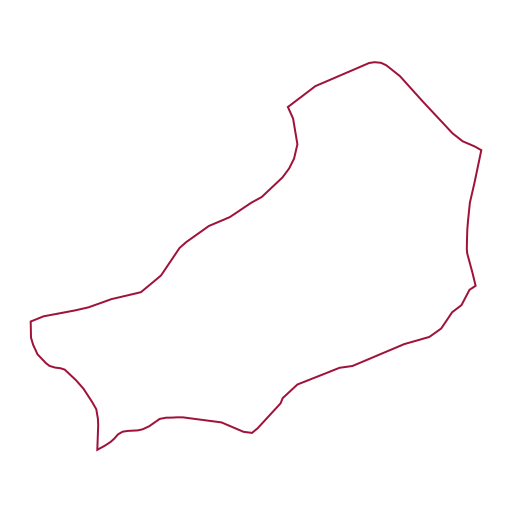 outline of Palestina de Los Altos, Quezaltenango, Guatemala
{"feature_id": "79465075B38894333871635", "entity_name": "Palestina de Los Altos", "entity_type": "district", "adm_level": 2, "iso_a3": "GTM", "parent_name": "Guatemala", "parent_adm1": "Quezaltenango", "projection": "albers", "projection_center": [-91.683, 14.936], "detail": "fine", "context": "isolated", "style": "outline", "palette": "rose", "viewbox_px": 512, "rotation_deg": 0, "n_neighbors": 0, "source": "geoboundaries", "source_scale": "gbopen_adm2", "svg_char_len": 1146}
<svg xmlns="http://www.w3.org/2000/svg" viewBox="0 0 512 512"><path d="M481.3,150.2L474.6,146.4L462.7,141.3L452.6,133.4L422.5,101.2L400.0,76.2L386.3,65.3L381.0,62.8L374.6,62.2L369.1,63.0L315.4,86.1L287.9,107.0L293.1,118.6L297.4,144.3L294.1,158.5L289.1,168.5L282.4,177.5L261.7,197.0L251.3,202.7L229.8,217.1L209.0,225.9L186.2,242.1L179.6,247.9L161.0,275.5L140.9,292.2L111.5,299.1L88.6,307.3L75.1,310.4L43.6,316.3L30.7,321.5L31.0,337.7L33.1,344.7L37.5,354.3L45.9,363.1L49.5,365.9L55.2,367.6L60.3,368.2L64.7,369.6L76.0,380.2L83.6,388.9L92.2,402.1L96.3,409.3L97.9,418.7L98.2,425.2L97.3,449.8L104.8,445.7L110.5,442.0L114.3,438.6L118.1,434.3L122.6,431.7L127.9,430.9L137.7,430.4L142.6,429.3L149.1,426.3L159.7,418.9L166.2,417.7L172.3,417.6L177.4,417.3L180.7,417.3L183.4,417.4L188.6,418.1L221.4,422.4L243.5,431.8L252.0,432.9L257.6,428.3L280.6,403.3L282.7,398.1L297.4,384.5L339.5,367.8L352.4,366.0L404.2,344.1L429.4,336.9L441.2,328.5L452.2,312.2L461.5,305.1L469.5,289.8L475.6,285.8L472.6,273.3L468.5,258.2L467.2,253.3L466.8,249.1L467.0,239.6L467.3,229.6L468.1,219.9L469.9,202.6L474.5,182.7L481.3,150.2Z" fill="none" stroke="#9f1239" stroke-width="2"/></svg>